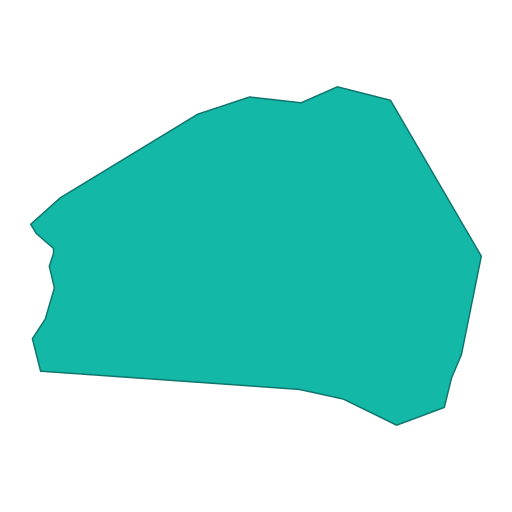 Kidricevo, orthographic projection
{"feature_id": "SVN-956", "entity_name": "Kidricevo", "entity_type": "Municipality", "adm_level": 1, "iso_a3": "SVN", "parent_name": "Slovenia", "parent_adm1": "", "projection": "orthographic", "projection_center": [15.739, 46.395], "detail": "fine", "context": "isolated", "style": "filled", "palette": "teal", "viewbox_px": 512, "rotation_deg": 0, "n_neighbors": 0, "source": "natural_earth", "source_scale": "10m", "svg_char_len": 395}
<svg xmlns="http://www.w3.org/2000/svg" viewBox="0 0 512 512"><path d="M60.4,197.7L197.7,114.2L249.5,97.0L301.1,102.8L337.3,86.8L390.5,100.3L481.3,256.2L461.4,354.7L451.5,378.1L444.3,407.4L396.6,425.2L343.4,399.1L299.0,389.4L40.6,371.2L32.4,338.7L45.3,319.0L54.4,287.9L49.3,266.2L53.5,253.5L53.5,248.4L36.2,233.4L30.7,224.3L60.4,197.7Z" fill="#14b8a6" stroke="#0f766e" stroke-width="1.5"/></svg>